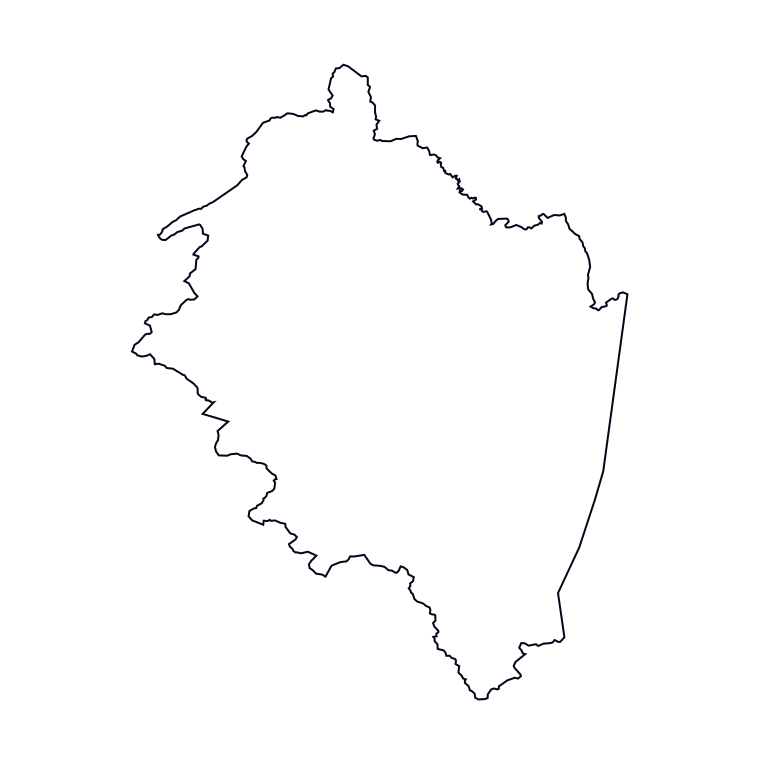 Chanchamayo, Junín, Peru (Natural Earth projection), rotated 266°
{"feature_id": "86281439B40126444259692", "entity_name": "Chanchamayo", "entity_type": "district", "adm_level": 2, "iso_a3": "PER", "parent_name": "Peru", "parent_adm1": "Junín", "projection": "natural_earth1", "projection_center": [-75.066, -11.002], "detail": "fine", "context": "isolated", "style": "outline", "palette": "ink", "viewbox_px": 768, "rotation_deg": 266, "n_neighbors": 0, "source": "geoboundaries", "source_scale": "gbopen_adm2", "svg_char_len": 6136}
<svg xmlns="http://www.w3.org/2000/svg" viewBox="0 0 768 768"><g transform="rotate(266 384 384)"><path d="M657.8,295.6L657.1,294.0L657.5,290.9L656.6,289.2L654.9,288.2L653.0,281.5L644.3,274.2L640.7,269.8L638.4,264.9L636.8,263.8L635.3,264.0L633.3,266.0L630.3,263.2L620.9,257.9L618.1,259.3L616.1,261.8L611.2,259.0L609.9,259.9L605.9,260.3L602.1,262.2L599.7,261.3L597.5,256.6L592.6,251.7L577.4,226.1L576.0,222.2L574.2,219.5L573.5,216.0L571.4,213.7L571.8,211.8L570.4,206.5L565.2,192.1L561.9,188.1L560.4,184.4L556.2,178.7L553.8,174.0L551.6,173.5L549.7,171.9L548.6,170.8L548.6,169.0L546.1,169.9L544.0,171.6L543.2,173.2L542.9,176.2L546.9,182.2L547.7,185.2L549.8,188.1L551.3,193.9L553.0,195.6L556.1,210.7L555.4,211.8L551.3,213.9L546.6,213.9L544.3,219.0L539.3,218.0L534.1,211.8L533.4,209.6L527.1,203.1L526.3,203.0L524.2,207.9L522.9,207.7L521.0,205.5L511.7,204.0L507.8,198.2L505.0,197.6L500.6,192.0L498.0,196.4L488.3,201.0L484.4,204.1L481.6,200.7L481.5,196.8L482.3,194.8L481.7,192.9L476.8,186.8L472.3,184.6L469.9,182.0L468.5,176.1L468.8,171.3L470.0,167.8L468.7,163.1L469.4,159.5L467.0,157.1L466.7,153.9L464.4,152.4L463.4,150.5L461.2,149.7L458.5,154.6L452.0,155.9L450.3,153.9L450.6,151.3L449.9,149.1L442.8,142.1L440.5,137.9L434.0,134.9L431.6,138.8L429.9,139.9L428.3,144.1L428.6,148.7L430.0,152.7L425.0,156.6L419.7,156.8L420.0,160.5L417.5,166.6L415.1,168.4L414.0,174.5L407.0,184.3L406.7,185.7L402.8,187.7L398.2,193.6L394.1,197.1L392.2,197.9L388.3,197.4L386.6,198.0L384.0,200.6L382.7,205.1L381.9,205.5L380.7,204.9L380.1,205.5L379.9,207.7L377.4,211.5L377.6,212.8L366.8,201.0L357.4,226.0L348.7,214.7L344.6,215.4L339.6,214.5L336.5,212.3L333.0,211.0L328.5,211.7L324.3,214.2L323.4,222.5L324.6,226.2L324.8,232.4L322.7,236.5L321.8,242.2L318.6,245.8L316.0,247.1L315.3,249.8L314.1,251.8L314.1,253.9L313.0,258.0L311.8,260.0L310.6,261.1L308.4,260.9L306.9,261.8L302.3,266.1L300.3,269.3L296.7,270.1L296.5,268.6L295.3,267.3L293.2,268.5L287.3,267.3L285.0,264.9L283.5,259.8L280.9,259.1L279.0,257.5L278.0,255.6L276.3,255.7L273.5,253.6L271.4,248.9L269.1,247.8L268.9,245.4L266.7,240.9L261.5,239.7L257.2,242.9L252.0,253.7L256.0,254.5L255.4,258.5L256.4,260.4L255.4,262.0L255.5,265.8L252.9,270.7L251.4,275.8L248.3,275.8L241.5,280.1L240.0,284.1L237.4,286.4L235.1,284.9L230.9,278.0L228.4,278.7L225.8,281.3L223.8,281.9L222.0,284.1L222.2,285.4L220.9,289.3L222.0,296.3L217.5,304.6L212.5,298.9L209.3,296.5L205.5,297.0L203.3,299.9L199.6,302.9L198.2,309.0L195.9,312.2L206.0,318.7L206.8,320.1L209.4,328.2L209.7,334.2L211.7,336.6L214.4,338.1L214.0,342.2L214.9,352.4L205.5,358.0L203.8,360.9L202.8,367.9L201.5,371.8L198.0,375.4L197.2,379.1L194.9,382.3L194.8,383.4L196.5,385.5L200.9,387.9L200.0,390.4L196.9,394.2L192.3,395.2L189.3,400.2L185.3,399.2L183.2,396.1L180.7,396.3L178.4,394.4L176.6,395.8L174.1,396.4L172.4,398.1L167.7,399.2L164.8,401.7L162.4,407.6L159.5,410.7L157.9,413.9L155.5,414.5L151.9,413.8L150.7,416.1L150.6,418.0L149.7,419.0L144.3,418.8L142.2,416.3L138.8,417.1L133.9,421.0L132.9,421.0L131.2,418.8L128.6,418.8L128.3,415.6L126.3,416.7L123.9,416.6L120.6,419.2L116.0,419.1L114.1,424.9L111.9,426.6L108.5,427.2L108.3,430.5L106.0,432.5L104.6,436.0L102.6,436.5L99.7,435.8L97.3,439.3L90.9,438.1L87.4,441.4L84.8,442.2L83.6,445.0L81.9,443.8L80.0,444.0L76.7,447.3L72.4,448.3L71.7,450.0L68.7,452.9L64.7,453.1L62.7,456.3L62.7,463.1L63.6,465.5L67.2,465.9L71.8,469.6L72.6,472.1L71.5,475.8L71.9,477.2L74.5,477.6L79.8,486.5L81.8,493.9L80.8,497.2L83.0,500.2L84.6,499.9L92.0,494.2L93.7,493.7L97.6,495.8L104.7,506.1L105.7,503.6L108.1,502.9L111.5,500.5L115.9,502.8L115.6,506.1L112.9,510.1L113.8,517.4L111.9,519.7L113.8,524.7L114.0,532.6L114.6,534.4L116.7,536.3L114.6,539.8L114.4,541.7L118.8,546.3L163.3,543.0L207.4,567.4L254.3,586.5L281.6,596.6L456.5,633.1L458.7,628.9L458.1,625.6L456.8,624.1L455.1,624.1L452.4,622.8L451.7,620.3L453.5,618.0L453.1,616.8L449.7,611.1L447.2,611.8L446.2,611.3L445.5,606.5L442.6,603.4L442.9,602.2L444.4,601.2L444.9,598.4L446.8,595.5L448.9,599.1L450.7,600.2L454.4,598.6L459.3,597.8L464.1,594.3L466.8,594.1L470.8,594.2L475.7,595.4L478.5,595.0L486.3,597.8L493.3,597.4L499.9,595.8L502.4,594.1L505.7,593.7L507.5,592.4L511.5,591.9L515.0,589.3L517.9,589.0L520.0,585.5L525.9,579.9L530.8,578.7L534.0,576.8L536.8,577.1L541.1,575.8L539.9,570.9L540.7,565.5L538.3,558.8L542.3,555.2L542.5,554.0L541.1,552.3L540.6,550.0L539.0,550.0L534.8,552.9L533.1,552.5L533.8,550.9L532.3,549.0L531.3,544.7L528.9,541.9L530.3,539.7L530.3,538.5L528.4,537.0L528.5,534.9L531.1,531.8L533.4,527.0L531.5,521.0L531.5,517.6L532.1,516.5L534.0,516.1L537.3,519.8L539.8,519.0L540.4,518.1L540.7,509.4L539.4,507.3L536.1,504.2L535.7,501.9L537.1,502.7L541.1,502.0L548.7,498.9L549.2,498.1L548.7,495.3L549.5,493.9L551.3,493.7L551.5,491.3L552.6,494.1L554.5,493.5L556.8,490.2L556.7,488.5L559.9,485.6L561.7,488.7L563.2,488.6L563.6,487.5L562.9,485.4L563.7,484.2L562.9,482.6L564.4,481.1L566.9,480.2L567.5,475.7L569.9,472.7L571.8,473.3L571.0,475.2L572.5,476.4L574.0,474.6L573.8,471.2L576.0,472.9L577.5,471.7L578.7,471.5L580.6,473.7L583.0,473.3L581.9,471.8L583.3,471.2L584.1,469.9L586.6,471.1L586.7,469.5L585.4,466.8L588.9,464.7L588.5,463.2L590.1,460.0L592.4,459.9L592.3,458.8L595.4,458.1L596.4,456.3L599.1,455.9L600.8,456.4L601.8,455.0L600.9,453.3L601.5,452.7L603.3,453.1L605.3,455.7L606.2,453.5L608.6,451.6L609.4,449.9L609.2,445.9L613.5,445.2L616.9,443.5L616.5,439.2L619.4,434.3L620.9,434.0L623.8,434.7L629.3,433.1L629.3,426.3L627.2,418.2L627.7,413.2L625.7,407.6L626.5,399.3L627.7,397.2L627.1,394.2L628.5,391.0L629.8,390.6L633.8,392.4L637.4,391.4L639.0,394.9L643.3,394.6L646.9,397.6L648.6,394.1L651.3,394.8L655.5,394.0L662.5,394.5L665.4,392.4L666.8,390.0L671.0,391.0L676.6,388.8L681.0,390.7L682.1,390.3L683.3,388.7L690.9,389.2L692.6,387.3L692.5,382.9L703.4,370.4L705.3,365.9L702.3,361.6L702.1,357.9L698.7,356.3L697.3,354.5L694.2,354.6L692.7,352.5L681.6,349.2L675.3,352.9L672.5,351.0L671.5,348.3L670.7,348.0L668.0,349.7L664.4,349.6L661.7,352.9L658.6,351.8L660.2,349.3L660.7,346.2L661.3,345.6L659.9,341.9L660.3,338.4L661.7,335.1L659.3,327.0L657.4,325.1L657.8,324.2L656.6,322.1L657.4,316.9L659.7,312.5L660.7,307.1L660.5,305.6L659.4,304.5L656.9,299.1L657.8,295.6Z" fill="none" stroke="#020617" stroke-width="2"/></g></svg>